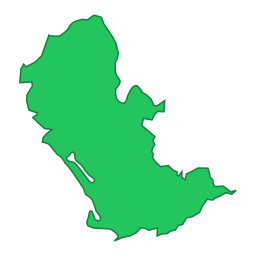 Pap, Namangan, Uzbekistan
{"feature_id": "79887680B13435458352129", "entity_name": "Pap", "entity_type": "district", "adm_level": 2, "iso_a3": "UZB", "parent_name": "Uzbekistan", "parent_adm1": "Namangan", "projection": "albers", "projection_center": [70.772, 41.09], "detail": "fine", "context": "isolated", "style": "filled", "palette": "green", "viewbox_px": 256, "rotation_deg": 0, "n_neighbors": 0, "source": "geoboundaries", "source_scale": "gbopen_adm2", "svg_char_len": 2420}
<svg xmlns="http://www.w3.org/2000/svg" viewBox="0 0 256 256"><path d="M164.7,100.6L156.5,106.2L153.8,105.2L151.1,99.2L146.7,95.1L142.5,92.5L139.7,88.3L137.2,85.9L135.9,85.7L134.0,86.2L132.5,87.3L130.2,90.6L127.7,96.0L126.2,100.6L124.7,102.7L123.1,103.5L119.0,101.8L116.6,98.8L115.6,94.4L115.7,89.1L119.2,84.5L120.1,81.6L119.6,79.9L116.6,75.5L115.4,71.9L115.1,63.2L115.2,62.9L117.1,58.8L118.3,53.1L115.9,43.2L113.4,38.4L107.2,28.9L103.6,23.5L101.6,17.8L100.7,17.0L94.9,15.4L93.4,15.5L87.9,19.6L85.7,19.9L84.5,19.4L84.0,19.7L82.0,19.3L74.7,21.6L72.2,23.2L69.9,25.7L68.0,29.2L64.2,32.8L59.9,35.9L57.8,36.2L49.8,35.9L48.9,35.2L41.7,55.7L35.4,62.0L25.9,66.9L23.6,64.2L21.0,68.9L19.8,82.7L31.7,82.0L32.5,85.7L27.0,94.8L26.6,100.7L29.0,110.2L37.2,112.9L36.8,114.9L32.8,117.4L38.0,122.7L44.7,128.6L52.0,129.5L47.4,133.0L43.3,137.3L42.4,142.1L45.2,142.7L48.1,143.8L49.6,144.8L56.9,154.0L60.9,156.9L64.8,162.2L64.9,162.9L68.0,166.0L73.6,173.6L83.3,188.0L85.7,194.4L90.2,197.6L92.1,199.7L94.4,205.4L96.0,210.8L100.1,216.4L100.7,218.9L99.8,220.3L98.0,220.8L95.2,219.6L92.0,211.3L90.2,210.9L89.5,212.0L88.5,217.0L86.9,221.9L86.9,223.1L87.7,225.5L88.7,226.2L94.1,228.1L110.0,228.9L112.1,230.0L115.7,232.8L117.0,234.2L118.1,236.3L117.8,237.9L114.9,240.4L114.9,240.6L115.5,240.4L122.3,237.5L130.3,235.8L136.0,232.9L141.0,227.8L144.0,228.0L148.9,230.2L157.4,228.0L157.1,236.0L161.6,234.0L167.2,233.6L170.6,231.1L175.5,229.9L178.4,225.2L182.5,224.7L186.5,217.8L191.9,216.9L199.5,212.4L202.5,205.9L207.3,199.3L212.8,200.0L215.2,198.1L220.4,195.9L226.0,192.7L231.9,194.2L236.2,190.4L230.8,191.8L228.7,190.3L223.1,186.0L215.0,186.7L213.4,184.3L212.7,179.6L210.1,177.3L209.5,173.7L207.9,168.2L198.0,168.0L192.0,171.4L186.5,174.0L185.3,179.9L181.9,177.3L181.8,171.6L179.0,175.8L177.0,175.1L177.0,171.8L173.1,170.2L168.3,165.5L160.6,166.7L156.1,162.5L152.6,157.9L153.2,153.8L151.8,151.9L152.6,148.1L154.8,144.4L152.8,140.6L154.9,136.6L141.7,125.4L143.5,118.5L152.0,119.9L154.4,114.7L157.7,111.4L164.0,111.8L164.7,100.6ZM90.9,182.5L89.1,181.0L85.9,176.8L81.1,170.5L75.0,163.0L73.8,162.4L70.6,161.6L68.1,160.9L66.9,159.7L66.4,158.6L66.6,157.4L67.5,156.6L68.9,155.9L69.7,154.9L70.5,153.5L71.4,152.4L72.4,152.2L73.8,152.6L74.6,153.3L74.7,155.6L75.0,157.9L75.5,159.6L76.5,160.9L80.3,164.1L82.3,166.1L85.7,171.3L88.8,174.8L94.1,178.9L94.5,180.0L94.4,181.4L93.2,182.5L92.0,182.6L90.9,182.5Z" fill="#22c55e" stroke="#15803d" stroke-width="1.5"/></svg>